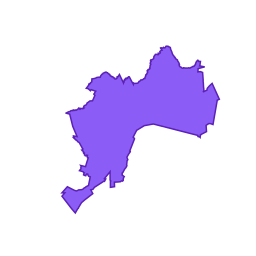 the district of Allende, Chihuahua, Mexico, rotated 43°
{"feature_id": "50627088B83243051408080", "entity_name": "Allende", "entity_type": "district", "adm_level": 2, "iso_a3": "MEX", "parent_name": "Mexico", "parent_adm1": "Chihuahua", "projection": "albers", "projection_center": [-105.393, 27.035], "detail": "fine", "context": "isolated", "style": "filled", "palette": "violet", "viewbox_px": 256, "rotation_deg": 43, "n_neighbors": 0, "source": "geoboundaries", "source_scale": "gbopen_adm2", "svg_char_len": 5674}
<svg xmlns="http://www.w3.org/2000/svg" viewBox="0 0 256 256"><g transform="rotate(43 128 128)"><path d="M72.6,159.4L75.9,157.6L86.5,164.5L96.6,169.0L93.5,171.0L94.1,171.6L94.3,172.2L94.6,172.1L95.2,171.6L95.4,171.7L95.6,172.3L96.3,172.1L97.1,172.4L98.2,172.3L98.7,172.0L100.8,172.3L101.7,172.0L102.5,172.0L108.9,174.1L109.3,174.1L109.2,174.5L109.6,175.5L109.4,175.7L110.1,175.8L110.3,175.5L111.5,175.6L111.6,176.0L112.7,176.7L113.0,176.5L113.2,176.1L114.4,177.3L114.7,177.2L115.6,177.5L116.2,177.1L116.2,176.1L117.0,175.6L117.4,176.6L117.9,176.8L118.3,177.2L118.6,177.4L118.9,177.3L119.3,177.0L121.6,181.9L123.3,185.2L118.9,187.7L120.1,188.1L120.4,189.0L121.0,189.4L121.5,190.2L121.4,191.1L121.6,192.3L122.5,191.8L123.0,191.6L124.3,190.9L125.3,190.6L125.8,190.8L126.5,190.6L126.5,190.9L127.4,192.5L127.6,192.4L128.3,192.5L128.5,192.4L128.7,192.0L129.6,191.8L129.7,191.7L129.4,191.1L129.1,189.9L129.2,189.7L129.7,189.5L129.9,189.2L130.9,189.8L132.1,190.1L132.7,190.0L132.9,189.8L133.4,189.7L133.7,189.5L138.3,197.0L137.3,199.7L137.4,200.3L136.8,201.9L136.8,203.1L136.5,204.1L135.6,205.4L134.1,206.9L133.6,208.5L133.1,209.3L131.4,210.1L123.7,212.3L123.9,220.5L126.0,218.5L126.2,222.9L141.9,225.5L147.4,226.1L146.3,221.3L146.4,220.5L145.9,219.3L145.8,218.6L144.9,214.3L145.4,209.9L147.0,200.0L142.9,198.6L143.8,197.3L144.2,196.9L143.9,194.3L146.7,183.1L147.2,183.0L146.5,180.5L146.0,180.9L146.0,181.4L145.3,181.3L144.7,172.2L150.4,178.3L151.4,178.5L151.3,178.8L155.6,183.4L158.2,180.1L155.0,176.9L157.4,174.4L159.2,172.3L159.3,171.1L159.6,170.8L160.2,170.6L160.3,169.8L160.2,169.5L159.3,168.6L158.6,167.1L158.4,166.1L155.7,166.4L155.1,165.4L154.5,165.1L154.4,164.4L154.6,164.0L153.9,161.5L153.5,159.5L153.6,158.9L153.1,156.8L152.7,156.1L152.1,155.8L149.6,152.5L149.6,151.6L149.4,151.2L148.2,150.7L147.1,150.1L146.2,146.3L145.9,144.0L145.6,143.5L145.0,143.7L140.2,131.6L140.1,131.4L138.6,131.1L138.0,131.2L135.9,123.8L138.3,115.2L143.8,107.8L184.1,85.8L184.9,86.5L185.2,86.5L186.2,85.7L187.2,85.7L185.6,83.6L185.9,82.7L186.0,82.7L186.0,82.4L187.9,77.1L183.3,72.8L184.1,69.6L185.6,68.4L187.8,67.5L174.3,46.8L175.2,44.7L159.1,38.0L158.8,41.6L158.9,44.6L159.0,45.1L159.9,46.5L158.5,50.0L158.3,50.0L158.2,49.9L158.2,49.6L157.9,48.8L156.1,47.1L155.5,46.7L152.2,43.5L151.5,43.0L150.2,41.6L144.7,36.5L142.6,37.3L140.8,39.3L138.8,36.7L142.4,31.0L138.0,33.7L137.9,33.2L135.6,29.9L134.5,30.7L134.2,31.2L133.0,30.7L132.8,30.8L132.9,31.4L132.6,32.5L133.2,33.7L133.2,34.5L133.8,35.2L134.0,35.6L134.1,36.1L133.9,36.7L134.1,37.1L134.2,37.6L134.0,38.3L133.6,38.4L133.4,38.8L133.2,39.8L132.8,40.5L132.8,40.8L132.4,41.7L132.4,42.0L132.1,42.3L131.6,42.4L131.3,42.6L130.5,43.9L129.4,44.6L129.1,45.2L127.8,45.8L127.5,46.1L127.5,46.8L126.9,47.2L125.8,47.4L125.2,47.3L124.6,47.7L123.4,47.6L122.9,47.4L122.5,46.6L121.9,46.6L121.7,46.2L121.4,45.9L120.1,45.4L118.8,45.2L117.9,44.6L117.4,44.5L116.3,44.9L115.6,44.6L114.9,44.7L114.2,44.2L113.7,44.5L112.7,44.1L110.6,43.8L110.4,43.6L110.0,43.5L107.8,42.3L105.8,41.5L104.1,40.3L103.2,40.4L102.1,41.0L101.7,40.9L101.4,40.9L101.2,41.3L100.2,42.0L100.0,42.4L100.4,43.8L100.3,44.3L99.8,44.7L99.0,44.7L98.9,45.0L99.0,45.6L98.9,46.0L97.8,46.5L97.2,47.2L97.4,47.4L99.8,47.9L99.4,48.5L99.2,49.3L99.1,50.3L99.3,50.5L100.3,50.9L100.4,51.1L100.2,51.6L99.1,52.7L99.3,52.9L100.1,53.1L100.2,53.5L100.0,53.9L99.5,54.2L98.7,54.6L97.8,55.5L98.1,56.7L98.1,57.9L99.1,59.3L99.4,59.9L99.0,61.7L98.3,62.6L98.2,62.8L98.6,63.5L99.6,63.6L99.6,64.5L100.1,65.5L100.3,65.7L100.5,65.5L101.1,65.7L101.1,66.0L101.4,66.3L101.4,66.6L101.6,67.0L101.7,67.5L102.5,68.3L102.6,68.8L103.4,69.5L103.4,70.0L103.5,70.1L103.4,70.4L103.5,70.6L103.0,71.1L102.8,71.7L102.9,71.9L103.2,72.0L103.3,72.3L103.0,73.1L103.5,73.4L104.0,73.5L104.3,73.8L104.2,74.1L104.6,74.4L104.7,75.4L105.1,76.1L104.9,76.6L105.1,76.9L104.8,76.7L104.8,77.2L105.5,78.1L105.8,78.6L105.8,79.3L106.5,80.1L106.6,80.3L105.9,81.1L105.9,82.0L105.4,83.4L104.8,83.8L104.6,84.1L104.7,85.8L104.6,86.2L104.3,86.4L104.6,88.2L104.4,88.8L102.2,91.1L101.3,91.3L102.1,92.4L99.5,91.6L94.1,89.7L93.9,89.7L93.5,90.1L93.5,90.8L93.4,91.1L93.6,91.3L93.6,91.6L93.8,91.8L93.9,92.0L93.5,92.3L93.5,92.6L93.1,92.4L92.8,92.9L92.6,92.9L92.7,93.4L92.5,93.7L92.5,94.6L92.8,94.7L92.4,95.0L92.6,95.5L92.9,95.6L92.9,96.2L93.3,96.5L93.2,97.0L93.6,97.1L93.6,97.4L93.8,97.5L93.7,97.8L93.9,98.1L85.2,94.7L85.3,95.3L85.5,95.7L85.5,96.0L85.5,96.6L85.8,97.1L85.1,97.9L85.3,98.4L85.8,98.7L86.0,99.0L85.9,99.3L85.9,100.0L85.2,101.0L85.0,100.9L84.2,100.9L84.1,100.7L83.9,100.9L83.3,100.9L83.0,101.2L82.4,100.9L82.0,100.9L81.1,101.3L81.0,101.6L80.2,101.5L79.9,101.8L79.2,101.9L78.6,101.4L77.9,101.5L77.7,101.3L77.2,101.6L76.3,101.7L75.7,101.6L75.4,101.5L74.8,101.9L74.2,101.9L73.8,102.2L73.4,102.6L73.4,103.1L73.0,103.4L72.9,104.0L72.4,104.9L72.6,105.4L72.5,106.1L72.3,106.3L72.4,107.4L72.3,107.9L72.7,109.0L73.1,109.7L72.8,110.2L72.2,110.5L70.7,112.3L70.5,113.1L70.1,114.0L68.8,115.9L68.1,116.7L70.0,119.0L69.8,120.2L69.8,120.7L70.1,121.1L69.7,121.6L69.9,122.1L69.4,122.3L69.7,123.1L70.0,123.2L70.4,127.4L72.2,126.4L75.1,126.4L74.9,125.1L79.3,123.1L79.5,124.7L79.9,125.3L79.8,126.3L80.2,126.7L81.5,126.6L83.5,132.3L81.7,134.2L81.2,137.0L81.0,137.5L81.4,138.4L81.6,139.7L81.5,140.1L81.0,140.8L81.0,141.2L80.8,141.8L80.9,142.2L81.5,143.7L82.2,143.4L82.1,144.1L81.8,144.3L81.7,144.8L81.1,145.1L80.0,146.0L80.2,146.4L79.7,146.4L79.7,147.0L79.0,146.7L78.3,147.1L78.5,147.7L78.5,148.4L78.4,148.6L78.5,148.8L78.2,149.3L78.1,150.2L77.4,150.5L77.4,151.0L76.7,151.8L76.3,151.6L75.6,152.2L75.8,152.9L75.5,153.0L75.4,153.3L74.9,153.7L74.6,154.0L74.4,154.5L74.5,155.3L73.8,156.1L73.0,157.9L72.9,158.4L72.5,159.3L72.6,159.4Z" fill="#8b5cf6" stroke="#5b21b6" stroke-width="1.5"/></g></svg>